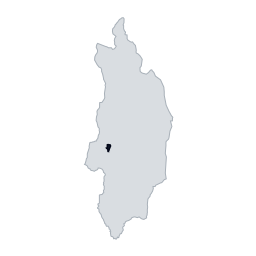 location of Rashaant, Hövsgöl, Mongolia, rotated 267°
{"feature_id": "93677404B8615424997314", "entity_name": "Rashaant", "entity_type": "district", "adm_level": 2, "iso_a3": "MNG", "parent_name": "Mongolia", "parent_adm1": "Hövsgöl", "projection": "robinson", "projection_center": [100.984, 49.181], "detail": "fine", "context": "in_parent", "style": "filled", "palette": "ink", "viewbox_px": 256, "rotation_deg": 267, "n_neighbors": 0, "source": "geoboundaries", "source_scale": "gbopen_adm2", "svg_char_len": 4427}
<svg xmlns="http://www.w3.org/2000/svg" viewBox="0 0 256 256"><g transform="rotate(267 128 128)"><path d="M18.2,107.8L19.0,107.8L20.3,107.0L20.5,105.9L21.0,105.3L24.0,105.0L25.3,105.3L25.6,104.6L25.8,104.5L26.5,105.1L27.2,104.9L27.7,104.6L28.2,103.8L29.2,103.9L31.0,103.0L31.0,101.4L31.7,101.0L33.3,100.7L33.6,100.0L33.9,99.8L35.1,99.6L37.1,98.8L38.0,98.7L38.8,98.0L40.6,97.1L43.3,96.6L43.5,96.2L46.0,94.7L48.6,94.7L49.4,93.4L49.8,93.3L51.6,94.8L52.3,94.6L52.6,94.0L53.7,94.0L54.1,95.0L54.7,95.5L62.4,95.9L62.7,96.2L63.0,98.7L64.4,99.8L64.7,100.4L66.9,100.2L68.1,101.1L69.9,101.1L70.8,101.3L72.7,100.5L73.1,100.5L73.6,100.9L74.5,100.6L76.2,101.4L77.5,101.3L78.1,101.6L78.9,101.3L80.7,101.6L82.2,102.9L83.2,102.8L84.5,101.9L84.8,101.3L86.6,101.0L87.6,100.4L88.3,99.9L89.3,98.0L89.6,96.1L88.7,95.8L87.9,95.1L87.5,94.1L87.4,93.3L86.6,92.3L86.7,91.7L87.2,90.7L87.5,89.2L88.1,88.3L89.3,87.9L89.4,87.2L90.2,86.1L92.2,85.4L93.3,84.0L93.9,82.7L94.8,83.4L97.3,84.3L99.4,84.8L100.7,85.8L104.3,86.0L110.4,88.3L111.7,88.2L115.3,89.1L115.6,89.5L115.6,91.2L115.9,91.7L116.1,93.6L116.7,94.5L116.6,95.6L116.9,96.0L117.8,96.1L119.2,97.3L122.5,98.1L123.5,98.9L125.7,99.4L126.8,99.1L128.7,99.3L129.4,99.1L130.5,98.2L131.3,98.0L135.5,97.3L136.7,96.7L137.4,96.6L140.8,97.1L143.1,98.0L146.4,97.9L148.0,98.9L148.7,99.8L150.1,100.7L154.7,101.0L154.9,101.2L154.9,103.2L155.1,103.5L158.2,105.8L159.6,106.4L163.8,106.3L170.5,107.7L172.0,107.3L173.4,108.0L173.9,107.9L178.1,106.1L178.7,106.2L183.1,105.5L185.9,104.6L188.0,104.7L189.6,103.9L190.3,102.3L192.9,100.5L197.6,98.2L200.7,98.6L202.5,99.4L204.5,101.0L205.6,101.5L207.5,101.6L210.2,100.5L211.7,100.8L213.1,101.3L214.1,102.1L210.3,110.5L210.3,111.0L209.1,112.8L209.0,115.6L207.3,116.7L207.7,118.3L208.1,118.9L210.2,120.5L210.8,120.3L211.3,119.6L212.3,119.0L214.3,119.2L216.0,118.9L218.1,119.4L220.2,120.8L222.8,117.9L225.4,117.5L227.8,117.9L229.8,119.9L232.1,120.8L232.7,121.9L233.6,122.3L233.9,122.9L236.8,125.1L237.5,126.6L238.3,127.6L238.4,128.7L238.3,129.2L237.2,129.8L233.4,129.5L231.1,128.5L230.4,129.0L227.5,128.8L225.9,129.3L224.8,129.7L224.2,130.4L223.7,130.5L223.2,130.5L222.3,129.9L221.5,130.0L221.3,130.1L221.0,131.9L218.5,131.9L217.7,131.7L215.7,132.5L215.4,133.2L214.4,134.2L213.5,136.0L213.8,136.8L213.5,137.2L211.8,138.2L210.1,139.7L206.6,140.2L204.9,140.3L203.6,140.0L202.4,140.2L201.5,141.9L199.3,143.9L195.9,145.8L189.7,144.6L188.9,144.3L187.6,143.1L184.0,143.1L183.0,143.9L182.1,145.1L180.8,149.1L182.3,151.4L184.0,152.9L184.8,153.9L184.8,154.8L183.7,155.3L182.2,156.7L178.4,158.1L174.4,163.0L167.0,165.9L162.4,166.1L158.7,165.9L148.8,167.3L142.5,169.8L137.8,172.1L136.7,173.1L136.2,173.3L135.4,172.9L132.8,172.7L132.8,170.8L127.2,171.9L122.6,169.7L116.1,168.4L114.8,167.9L112.6,165.4L111.4,165.1L108.6,165.0L100.7,163.9L97.1,164.8L81.1,162.9L75.3,163.5L75.0,163.3L74.7,161.7L72.0,159.2L71.6,158.6L71.5,157.7L69.4,152.7L68.1,152.0L68.3,149.9L66.2,150.1L63.8,149.3L61.4,147.8L60.3,146.7L58.6,146.4L56.6,144.5L55.6,144.1L50.6,143.3L48.0,143.5L45.3,143.0L42.2,142.9L41.2,142.5L40.3,142.6L38.5,141.7L37.3,141.9L35.9,139.1L36.4,137.3L37.0,136.3L38.5,134.7L38.5,134.1L38.0,132.7L38.9,130.1L38.7,128.5L38.0,126.8L37.0,126.4L35.6,123.9L35.2,122.0L34.6,120.7L33.1,120.0L32.7,118.8L32.2,118.8L31.8,119.1L30.9,119.3L30.0,118.6L29.5,117.7L29.0,117.5L27.9,117.6L27.0,117.9L26.0,117.8L25.2,117.0L22.9,115.9L22.9,115.0L22.6,114.5L21.9,114.3L21.2,113.7L19.0,113.0L19.0,112.6L19.6,111.7L18.1,111.0L17.6,110.2L18.5,109.2L18.2,108.5L18.2,107.8Z" fill="#d9dde1" stroke="#a8b0b8" stroke-width="1"/><path d="M112.5,107.4L112.4,106.6L112.2,106.4L111.7,106.6L111.2,106.4L110.6,106.6L110.2,106.6L109.9,106.4L110.1,106.2L109.9,106.1L109.7,106.1L109.1,105.7L108.9,105.7L108.9,105.8L108.9,105.7L108.9,105.8L108.9,105.7L108.8,105.8L108.7,105.9L108.7,106.0L108.4,106.2L108.4,106.3L108.2,106.4L108.0,106.5L107.9,106.5L107.7,106.5L107.4,106.7L107.2,106.7L107.1,106.8L106.9,106.8L106.7,106.8L106.6,107.0L106.4,107.0L106.4,106.9L106.2,106.8L106.1,107.0L105.9,107.0L105.8,106.9L105.7,106.9L105.7,107.0L105.6,107.3L105.8,107.3L106.0,107.3L106.4,107.5L106.7,107.8L106.9,107.9L107.9,108.2L108.5,108.4L108.7,108.6L108.8,108.6L109.0,108.7L109.2,108.8L109.3,108.8L109.8,109.1L110.0,109.2L110.2,109.3L110.3,109.4L110.5,109.5L111.2,109.6L111.3,109.5L111.5,109.5L111.8,109.4L112.2,109.1L112.2,108.9L112.1,108.7L112.1,108.4L112.2,108.0L112.3,107.6L112.5,107.4Z" fill="#0f172a" stroke="#020617" stroke-width="1.5"/></g></svg>